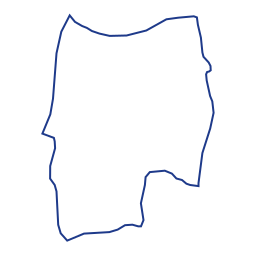 the border of Couva-Tabaquite-Talparo, rotated 180°
{"feature_id": "TTO-58", "entity_name": "Couva-Tabaquite-Talparo", "entity_type": "Region", "adm_level": 1, "iso_a3": "TTO", "parent_name": "Trinidad and Tobago", "parent_adm1": "", "projection": "equal_earth", "projection_center": [-61.362, 10.449], "detail": "fine", "context": "isolated", "style": "outline", "palette": "blue", "viewbox_px": 256, "rotation_deg": 180, "n_neighbors": 0, "source": "natural_earth", "source_scale": "10m", "svg_char_len": 890}
<svg xmlns="http://www.w3.org/2000/svg" viewBox="0 0 256 256"><g transform="rotate(180 128 128)"><path d="M59.1,238.6L58.1,231.2L55.1,218.4L53.6,203.5L52.5,199.2L47.3,193.5L45.5,190.0L45.3,185.7L46.9,184.5L48.9,184.0L49.9,181.7L49.3,175.5L45.9,160.0L43.7,154.6L42.4,143.2L45.8,127.5L53.6,103.0L57.5,72.9L57.5,69.9L65.8,71.0L69.6,72.3L74.0,76.0L79.6,77.5L84.1,82.4L91.2,85.3L106.2,83.9L110.4,78.9L111.1,71.0L115.1,52.7L112.5,35.9L115.0,29.7L117.9,29.7L123.6,31.3L131.0,30.8L138.3,26.4L146.6,23.9L172.0,22.4L188.8,15.4L195.3,22.7L197.8,31.2L199.5,64.6L201.3,71.0L205.9,77.4L205.8,90.0L200.9,107.8L201.3,114.6L202.1,118.1L213.6,122.4L205.7,141.6L203.0,157.3L199.5,202.7L194.7,224.3L186.3,240.6L181.0,234.1L173.9,230.0L169.1,228.1L164.1,225.0L156.5,222.4L146.3,220.1L129.4,220.5L109.7,225.5L89.6,236.7L77.8,238.3L62.2,239.7L59.1,238.6Z" fill="none" stroke="#1e3a8a" stroke-width="2"/></g></svg>